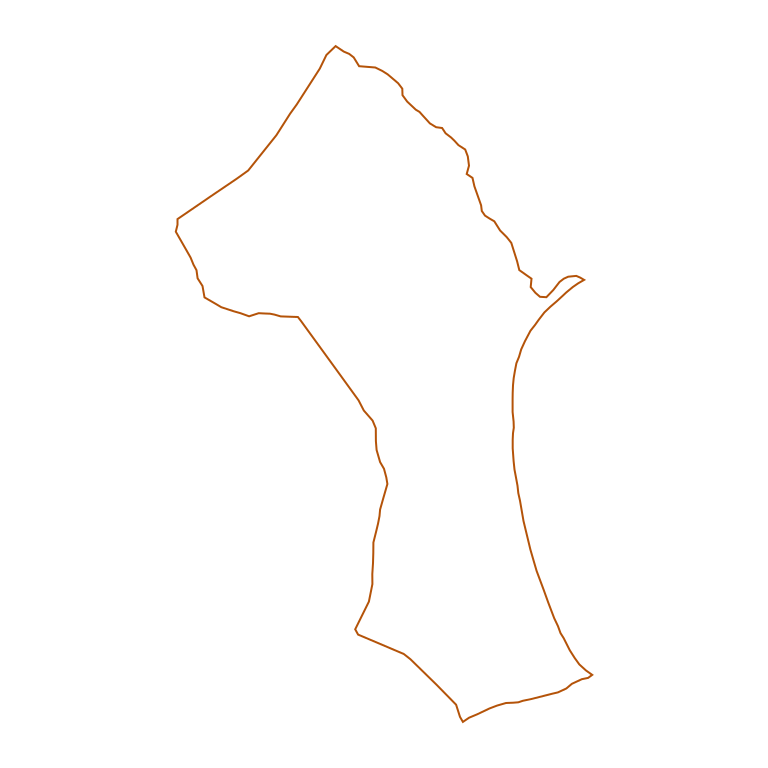 Arambaré, Rio Grande do Sul, Brazil (Equal Earth projection)
{"feature_id": "56859067B55263390770545", "entity_name": "Arambaré", "entity_type": "district", "adm_level": 2, "iso_a3": "BRA", "parent_name": "Brazil", "parent_adm1": "Rio Grande do Sul", "projection": "equal_earth", "projection_center": [-51.555, -30.929], "detail": "fine", "context": "isolated", "style": "outline", "palette": "amber", "viewbox_px": 768, "rotation_deg": 0, "n_neighbors": 0, "source": "geoboundaries", "source_scale": "gbopen_adm2", "svg_char_len": 2214}
<svg xmlns="http://www.w3.org/2000/svg" viewBox="0 0 768 768"><path d="M584.1,279.9L580.2,277.6L576.3,275.9L572.2,276.3L568.2,276.7L563.8,278.7L559.5,282.0L553.3,290.0L546.4,297.2L540.0,296.8L535.4,292.8L530.7,287.1L531.5,278.7L526.2,275.0L519.3,270.1L517.1,261.3L511.3,242.9L506.8,237.2L500.1,230.5L494.3,221.3L489.5,218.5L485.0,215.6L481.8,211.0L481.1,205.3L474.4,186.3L472.5,177.9L466.7,174.0L469.0,165.7L467.8,156.4L465.2,149.5L458.5,145.2L454.4,140.7L451.1,137.5L445.6,133.3L442.1,128.0L436.1,127.2L429.9,123.4L422.9,115.7L419.5,111.9L415.8,109.7L407.2,101.6L402.5,95.2L402.3,88.7L398.1,83.2L387.6,74.3L382.2,70.9L375.3,67.5L359.1,66.2L353.7,57.4L349.2,53.9L343.8,51.6L335.6,46.1L326.4,55.0L319.8,68.6L296.8,104.4L290.1,113.7L276.4,135.2L248.2,170.5L236.9,178.6L216.1,192.7L210.2,196.7L177.5,219.1L177.5,224.8L175.8,231.7L185.2,248.1L190.6,257.6L193.5,264.7L196.5,270.2L197.6,278.3L202.5,286.0L204.5,297.4L216.1,304.1L221.3,307.2L233.8,311.3L240.5,313.2L249.1,316.3L258.7,313.2L264.8,313.5L270.0,313.7L274.5,314.6L280.7,316.4L297.9,317.0L301.0,321.0L339.2,373.6L358.6,400.4L363.8,410.5L372.6,420.6L375.8,428.3L375.9,441.2L376.6,450.0L380.1,462.1L384.0,468.8L386.3,477.4L387.4,484.0L383.1,498.9L380.1,509.5L379.5,516.1L378.0,523.8L376.0,532.1L373.4,542.5L373.3,553.1L373.0,563.2L372.3,574.1L372.4,584.1L368.9,601.6L355.2,629.3L358.1,634.6L403.8,654.0L410.4,659.2L436.5,684.7L456.1,704.7L460.0,716.9L462.9,721.9L469.1,717.7L477.2,714.3L489.4,708.5L497.0,705.6L506.0,703.0L513.2,702.7L518.3,702.3L522.8,700.8L531.4,699.0L552.3,693.7L557.9,692.4L566.3,688.5L571.9,683.8L581.8,679.2L588.1,677.9L592.2,674.9L585.9,670.4L579.3,664.4L574.7,658.0L569.8,650.3L563.7,638.2L560.5,633.1L558.0,626.2L554.2,618.2L548.3,602.7L543.7,589.9L536.6,570.9L534.0,562.0L530.4,549.6L523.5,521.0L520.0,500.7L518.3,493.1L517.5,485.7L515.8,476.5L514.5,469.6L513.6,461.0L512.7,448.4L512.7,439.7L513.0,433.2L513.8,427.7L513.6,421.6L512.6,412.0L512.6,399.3L512.7,392.7L513.0,385.3L513.7,378.1L514.9,371.0L516.4,363.2L519.0,356.9L521.2,349.4L525.0,341.1L530.5,330.7L535.0,325.0L538.7,319.8L544.4,312.4L550.4,306.7L556.6,301.4L562.8,295.7L566.2,292.5L572.7,287.1L578.2,283.3L584.1,279.9Z" fill="none" stroke="#b45309" stroke-width="2"/></svg>